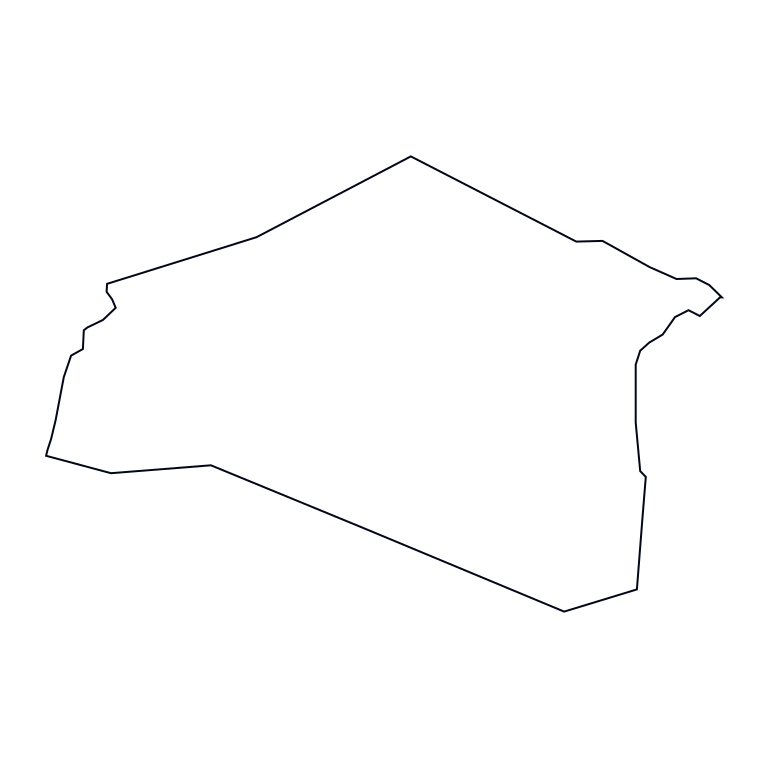 outline of Glavier, Dennery, Saint Lucia
{"feature_id": "8701671B98393552934318", "entity_name": "Glavier", "entity_type": "district", "adm_level": 2, "iso_a3": "LCA", "parent_name": "Saint Lucia", "parent_adm1": "Dennery", "projection": "orthographic", "projection_center": [-60.911, 13.923], "detail": "fine", "context": "isolated", "style": "outline", "palette": "ink", "viewbox_px": 768, "rotation_deg": 0, "n_neighbors": 0, "source": "geoboundaries", "source_scale": "gbopen_adm2", "svg_char_len": 658}
<svg xmlns="http://www.w3.org/2000/svg" viewBox="0 0 768 768"><path d="M721.9,297.4L721.5,297.0L709.2,285.0L696.1,278.3L676.5,279.0L649.6,267.1L602.5,240.9L576.3,241.6L410.8,156.4L256.5,237.2L113.6,281.8L110.5,282.8L109.0,283.2L107.1,283.8L106.6,291.8L112.1,299.3L115.7,307.8L103.0,319.9L87.5,327.4L83.8,330.3L82.9,349.0L71.1,355.6L63.8,377.1L55.6,420.3L51.1,439.0L47.4,450.3L46.1,455.8L111.0,473.2L210.9,465.3L364.5,528.5L564.1,611.6L636.9,589.4L642.5,517.4L645.8,476.9L640.2,471.1L635.7,422.5L635.7,364.6L640.2,350.7L649.2,342.6L662.7,334.5L675.0,317.1L688.5,310.2L699.8,316.0L720.0,297.4L721.9,297.4Z" fill="none" stroke="#020617" stroke-width="2"/></svg>